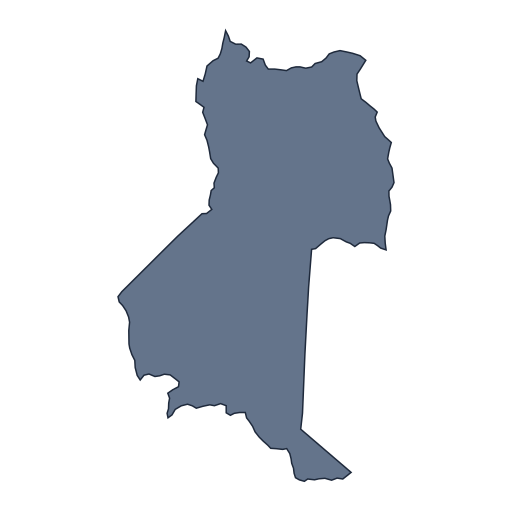 outline of Ponto Belo, Espírito Santo, Brazil
{"feature_id": "56859067B23060074651511", "entity_name": "Ponto Belo", "entity_type": "district", "adm_level": 2, "iso_a3": "BRA", "parent_name": "Brazil", "parent_adm1": "Espírito Santo", "projection": "mercator", "projection_center": [-40.512, -18.26], "detail": "fine", "context": "isolated", "style": "filled", "palette": "slate", "viewbox_px": 512, "rotation_deg": 0, "n_neighbors": 0, "source": "geoboundaries", "source_scale": "gbopen_adm2", "svg_char_len": 2542}
<svg xmlns="http://www.w3.org/2000/svg" viewBox="0 0 512 512"><path d="M302.5,413.2L304.9,354.3L307.1,312.9L307.7,303.0L308.6,287.3L311.6,249.3L315.6,248.6L320.7,244.2L325.0,240.7L328.7,238.7L333.1,237.7L340.3,238.6L346.3,241.9L350.2,243.3L354.8,246.5L359.7,243.0L364.3,242.6L369.5,242.8L374.1,243.3L377.4,245.5L380.7,248.1L386.1,249.9L385.2,243.1L384.8,236.1L386.1,229.7L387.5,220.2L388.5,215.9L390.7,211.0L390.5,204.7L389.8,200.6L389.0,196.3L388.9,191.0L392.0,187.2L394.0,182.6L392.9,174.6L392.0,168.1L389.4,163.3L387.6,158.9L388.8,152.2L389.8,147.8L391.3,142.5L387.8,139.3L384.7,136.6L379.1,127.8L375.9,121.1L375.2,117.0L377.2,112.1L374.1,109.1L370.3,106.1L365.7,102.2L361.2,98.8L359.7,92.8L358.3,87.0L356.8,80.7L357.0,74.1L360.4,69.0L365.8,60.3L360.1,55.7L352.6,53.3L346.9,52.0L340.0,50.6L334.0,52.0L329.2,53.9L326.1,58.0L321.7,61.7L315.1,63.5L311.7,67.0L305.7,68.2L300.1,66.9L295.9,66.9L291.3,67.9L286.5,70.6L280.8,69.8L274.9,69.1L268.3,69.1L265.3,65.1L263.1,59.1L256.9,57.9L250.6,62.9L246.6,61.0L249.1,56.8L249.4,51.5L246.0,47.1L241.3,44.1L235.7,44.2L230.2,41.4L228.4,36.1L225.6,30.7L224.3,37.2L222.8,43.2L221.9,48.5L220.3,53.9L218.1,58.2L213.1,60.7L207.0,66.0L205.2,74.1L203.0,81.3L197.8,78.7L196.4,85.8L196.1,94.6L195.9,101.5L200.6,104.8L204.0,107.3L202.7,112.3L205.4,119.2L207.5,124.8L205.9,130.1L204.6,134.7L207.0,140.3L208.7,147.1L209.6,151.9L210.7,158.7L213.5,163.3L218.2,168.1L218.4,172.8L216.2,177.3L214.0,183.1L214.3,187.8L211.2,190.5L210.4,195.1L209.2,200.0L209.0,205.2L211.8,209.4L206.6,213.5L202.0,213.7L177.7,236.2L157.0,256.7L151.7,262.0L121.8,291.7L118.0,296.7L119.2,301.9L122.6,305.5L126.1,310.8L128.6,317.0L129.6,322.2L128.8,330.4L128.9,338.0L129.0,344.0L129.7,348.1L131.9,354.6L134.8,360.4L135.2,367.6L137.2,375.4L140.2,380.0L144.0,375.2L149.0,374.0L154.9,376.5L159.7,375.8L164.3,374.2L170.2,374.9L175.9,379.3L179.1,381.9L178.5,386.7L172.8,389.7L167.8,393.2L169.6,398.2L168.7,403.1L168.5,408.8L167.1,413.3L168.0,417.8L172.0,414.9L175.2,409.4L181.3,405.8L187.5,404.2L192.3,405.8L196.3,408.2L202.8,406.3L209.8,404.8L214.4,405.7L220.6,403.6L226.2,405.7L226.2,412.8L230.4,415.3L234.3,413.3L239.6,412.5L245.3,412.5L246.6,417.9L249.1,421.1L252.6,426.3L255.1,431.9L259.3,437.2L263.5,441.4L267.6,445.0L270.7,448.3L276.6,448.7L282.7,449.4L286.7,448.6L289.8,453.6L291.1,458.9L291.7,463.3L293.5,468.2L294.1,473.3L295.5,477.7L299.4,479.9L304.4,481.3L307.7,479.0L314.5,479.8L318.9,478.8L324.9,478.3L331.6,480.2L337.1,478.1L342.8,479.0L351.1,472.4L300.7,429.2L302.5,413.2Z" fill="#64748b" stroke="#1e293b" stroke-width="1.5"/></svg>